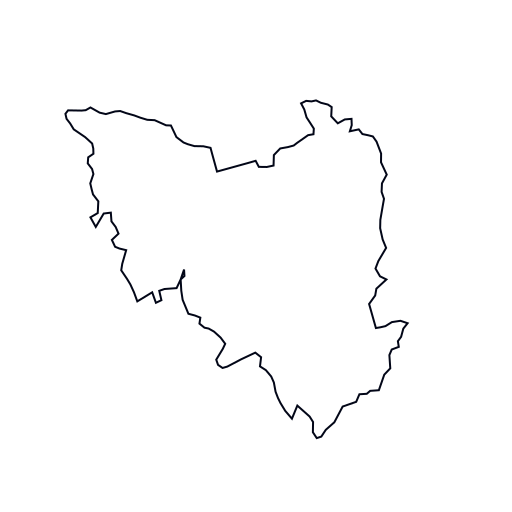 the district of Campinas do Sul, Rio Grande do Sul, Brazil, rotated 344°
{"feature_id": "56859067B85635117870916", "entity_name": "Campinas do Sul", "entity_type": "district", "adm_level": 2, "iso_a3": "BRA", "parent_name": "Brazil", "parent_adm1": "Rio Grande do Sul", "projection": "albers", "projection_center": [-52.665, -27.74], "detail": "fine", "context": "isolated", "style": "outline", "palette": "ink", "viewbox_px": 512, "rotation_deg": 344, "n_neighbors": 0, "source": "geoboundaries", "source_scale": "gbopen_adm2", "svg_char_len": 2272}
<svg xmlns="http://www.w3.org/2000/svg" viewBox="0 0 512 512"><g transform="rotate(344 256 256)"><path d="M137.8,67.6L132.5,68.9L128.3,68.1L115.5,64.2L112.0,66.8L111.7,71.9L113.9,77.4L115.7,84.0L124.5,94.6L129.5,102.7L129.2,107.9L127.9,112.9L121.9,114.9L119.8,120.6L122.4,127.2L122.3,132.4L116.7,140.5L116.4,146.4L116.3,151.9L119.5,160.0L115.7,171.1L107.5,173.2L110.0,183.9L121.3,173.2L128.4,174.3L126.6,182.9L129.1,189.4L130.0,196.6L121.9,200.8L123.1,208.3L126.8,211.2L132.8,214.6L125.3,226.6L122.5,232.6L125.7,242.4L127.4,248.7L128.7,257.3L129.4,266.9L146.2,262.3L146.9,273.4L152.9,272.4L153.4,262.8L158.9,262.5L170.8,265.0L177.1,257.8L174.6,268.8L173.4,277.9L175.1,292.9L180.8,296.3L185.5,299.9L183.0,305.4L186.7,310.7L190.5,312.7L194.8,317.1L199.5,324.7L202.2,331.9L198.5,336.1L189.2,344.7L189.5,350.2L193.0,354.4L197.9,354.4L213.3,351.2L228.7,348.7L233.0,354.7L229.4,363.2L234.0,368.4L237.4,376.0L238.3,382.5L237.4,391.9L238.0,398.6L239.0,404.1L241.4,412.9L245.7,422.3L254.5,411.2L263.3,425.1L265.1,431.3L262.1,441.1L264.2,447.8L269.0,447.6L275.2,442.3L285.5,437.4L297.8,424.6L312.1,423.8L317.3,417.4L324.5,419.0L328.6,417.1L337.1,418.9L346.6,405.4L354.1,401.0L356.9,388.0L360.7,383.3L368.2,382.7L368.9,377.0L373.2,373.7L377.6,366.4L383.2,362.4L377.0,358.1L368.4,357.0L361.1,359.1L355.8,358.8L351.4,358.3L351.5,333.3L359.7,326.8L362.7,320.6L374.9,314.5L369.6,309.7L367.4,301.0L372.2,294.6L383.3,284.1L382.3,275.0L383.0,263.5L385.5,255.5L390.9,244.3L394.8,236.3L394.4,229.0L397.1,220.9L404.1,213.8L402.0,200.4L404.5,192.0L403.4,179.3L401.3,173.3L397.2,170.9L391.9,168.1L389.7,162.6L380.6,162.0L384.1,156.6L385.6,150.5L379.0,149.2L371.2,151.0L366.8,142.5L369.8,133.7L366.8,130.2L360.6,126.6L356.6,123.0L352.0,122.7L347.0,120.7L341.4,121.7L342.8,128.4L342.8,136.7L344.7,142.8L346.7,149.5L344.8,154.8L339.4,154.2L326.7,158.6L322.7,160.2L316.7,160.1L308.9,159.3L301.0,163.9L297.8,173.9L290.9,173.4L283.3,171.1L281.9,164.4L274.1,164.4L241.8,164.1L242.0,145.3L242.1,139.5L235.6,136.0L227.1,133.4L221.2,129.7L217.6,126.9L212.3,119.8L210.2,107.1L205.6,105.6L196.0,97.5L189.0,95.1L183.0,91.2L177.7,87.3L170.6,82.9L165.4,79.2L160.4,78.2L150.8,78.2L145.2,75.1L137.8,67.6ZM177.1,257.8L183.1,249.2L181.7,255.5L177.1,257.8Z" fill="none" stroke="#020617" stroke-width="2"/></g></svg>